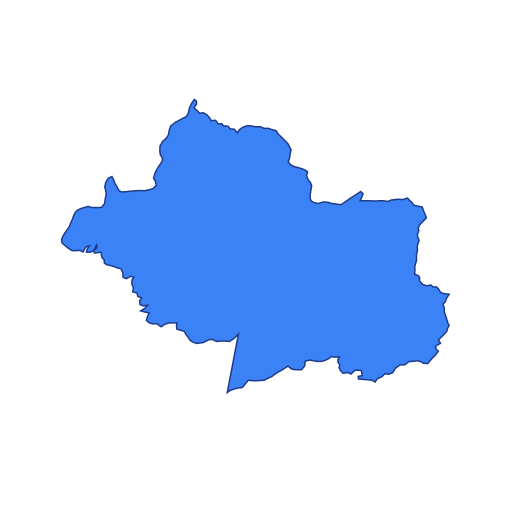 Sapopema, Paraná, Brazil (Equal Earth projection), rotated 66°
{"feature_id": "56859067B84915220183665", "entity_name": "Sapopema", "entity_type": "district", "adm_level": 2, "iso_a3": "BRA", "parent_name": "Brazil", "parent_adm1": "Paraná", "projection": "equal_earth", "projection_center": [-50.609, -23.883], "detail": "fine", "context": "isolated", "style": "filled", "palette": "blue", "viewbox_px": 512, "rotation_deg": 66, "n_neighbors": 0, "source": "geoboundaries", "source_scale": "gbopen_adm2", "svg_char_len": 3925}
<svg xmlns="http://www.w3.org/2000/svg" viewBox="0 0 512 512"><g transform="rotate(66 256 256)"><path d="M301.7,99.6L299.2,97.0L296.6,96.5L294.1,93.9L290.4,84.8L286.1,84.6L283.4,84.6L278.8,84.2L276.3,87.9L274.0,91.0L270.2,91.9L267.3,93.2L264.6,94.1L264.2,98.8L261.8,103.4L259.9,109.6L259.8,113.3L256.8,118.2L254.2,124.8L252.2,128.9L250.9,131.7L247.8,138.4L245.3,135.5L242.7,132.9L239.7,134.1L240.5,138.9L241.5,145.6L242.7,151.8L243.7,157.5L240.9,162.0L238.7,165.7L236.4,168.2L234.1,172.1L233.3,177.9L231.2,180.8L228.4,183.2L225.5,183.1L221.7,181.4L218.2,179.1L214.3,176.5L210.9,176.4L207.8,177.4L203.1,177.1L200.0,174.6L196.7,176.8L194.4,179.2L191.8,182.3L189.3,185.4L186.6,187.3L183.0,188.3L180.0,185.3L177.3,183.8L173.3,180.8L166.7,181.1L161.2,183.1L157.5,184.5L154.0,186.0L149.7,186.7L147.2,189.8L144.3,192.9L142.7,196.7L139.6,199.5L137.9,203.7L135.4,207.2L133.5,210.6L133.0,215.6L133.9,219.8L135.8,223.0L131.4,224.2L129.4,227.9L126.0,228.8L123.8,232.8L121.1,233.5L120.3,236.7L115.6,237.7L114.1,241.9L110.7,242.2L106.7,243.6L103.6,246.0L102.7,249.4L98.9,250.8L95.3,252.3L93.0,248.5L90.4,247.4L87.9,248.7L90.8,253.3L93.5,256.4L97.6,259.5L100.2,262.6L101.1,275.4L102.5,280.9L105.8,284.1L109.6,286.6L111.7,289.7L113.4,294.6L116.4,298.9L121.1,301.2L124.7,302.3L128.2,301.6L131.1,302.9L135.7,310.2L138.9,314.3L143.0,317.8L147.2,317.6L150.9,318.4L152.5,322.6L152.1,326.6L151.0,331.4L148.8,335.8L147.1,340.4L144.7,347.6L143.0,352.5L140.8,354.5L135.3,355.0L132.0,355.4L129.0,355.0L124.8,355.3L124.8,359.2L127.7,363.4L131.5,366.1L136.0,366.9L138.7,367.8L142.7,370.6L146.6,373.1L148.7,377.3L147.6,380.5L144.8,386.4L142.4,389.2L141.5,396.1L141.4,400.0L142.5,403.1L144.4,405.6L147.2,408.2L151.0,412.4L153.2,414.5L157.2,421.2L159.9,425.0L162.3,427.2L165.5,427.8L172.6,424.3L176.4,421.7L177.9,418.2L179.3,414.4L182.0,412.4L178.6,408.0L179.0,404.0L181.2,407.6L183.5,409.3L185.2,405.8L185.0,402.1L187.6,402.5L189.4,396.1L194.7,397.4L197.7,396.3L200.8,397.4L203.3,395.8L207.1,390.8L210.7,387.3L212.5,384.6L217.2,384.5L221.3,386.1L224.0,383.7L223.6,378.6L225.7,376.2L227.4,379.0L231.0,380.8L235.2,380.9L238.6,383.3L241.4,379.8L244.8,380.4L247.8,377.5L249.5,380.5L253.3,381.7L255.7,379.3L256.9,375.1L258.7,379.3L259.2,383.7L262.0,380.3L264.5,376.7L267.9,380.5L270.2,382.3L273.1,381.1L275.9,378.2L277.4,374.3L282.1,371.4L281.3,367.2L281.6,363.4L283.4,358.8L285.0,355.5L287.3,357.0L290.8,358.0L293.2,355.0L295.8,352.0L298.8,352.0L302.7,351.0L306.0,350.6L308.9,348.8L311.8,345.7L313.6,339.3L313.3,333.0L314.6,329.6L318.0,326.8L320.0,321.1L323.3,314.9L322.4,309.6L320.2,303.8L369.0,337.8L368.3,334.3L368.7,329.2L369.5,325.2L370.6,322.1L368.1,317.1L366.4,313.6L368.7,309.4L370.3,305.9L371.4,302.9L372.8,299.2L372.6,295.2L372.5,290.5L371.2,284.6L370.7,278.4L369.6,271.6L373.8,269.4L376.2,265.7L378.4,260.6L376.3,256.4L372.1,253.7L372.8,249.5L375.4,245.6L377.2,243.0L378.9,239.0L379.4,235.7L379.4,232.2L378.6,228.0L380.6,224.8L382.2,220.8L383.9,223.3L386.6,224.4L389.3,223.6L391.7,225.5L394.8,225.5L398.5,224.2L399.9,219.4L402.4,217.3L400.6,211.6L403.4,206.4L408.5,207.6L407.6,211.6L410.1,212.4L412.2,208.5L414.7,203.9L416.7,200.6L419.6,198.4L417.5,195.5L417.5,190.0L415.9,186.0L417.9,183.1L418.2,178.4L415.2,174.2L414.1,168.7L415.9,164.2L414.6,159.2L415.9,156.1L417.3,151.2L419.8,148.1L422.0,146.8L424.1,143.0L422.2,139.0L420.8,136.0L419.6,132.6L417.1,128.2L414.1,129.4L411.3,128.4L410.8,123.0L406.8,123.4L404.6,117.3L402.5,112.4L400.2,110.6L397.8,107.8L395.3,108.0L388.3,107.1L383.6,106.7L379.9,105.1L376.1,104.9L374.6,101.4L372.4,99.6L369.5,95.1L366.8,99.6L364.2,102.3L361.0,102.5L357.8,103.6L356.3,106.8L353.6,108.0L352.8,111.9L349.9,115.2L345.1,116.8L342.4,115.3L339.9,115.7L337.3,118.5L334.1,116.8L330.2,115.2L327.8,113.3L325.2,111.1L322.2,109.8L319.6,108.6L316.6,106.2L313.3,105.1L310.9,103.4L308.0,100.6L304.3,100.6L301.7,99.6ZM185.0,402.1L181.1,397.2L183.9,397.8L185.0,402.1Z" fill="#3b82f6" stroke="#1e3a8a" stroke-width="1.5"/></g></svg>